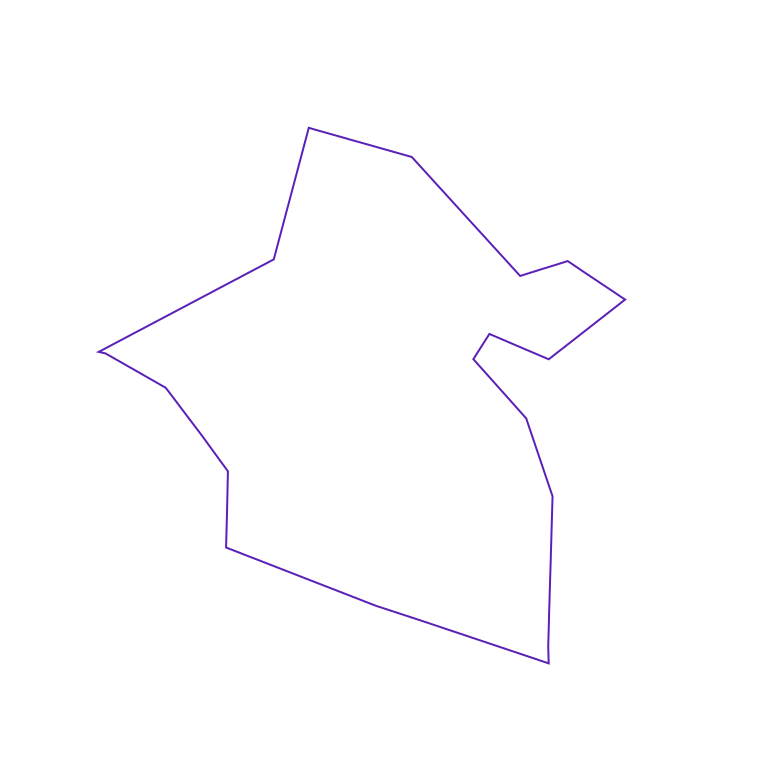 Asgat, Dzavhan, Mongolia (Robinson projection), rotated 206°
{"feature_id": "93677404B85882553736113", "entity_name": "Asgat", "entity_type": "district", "adm_level": 2, "iso_a3": "MNG", "parent_name": "Mongolia", "parent_adm1": "Dzavhan", "projection": "robinson", "projection_center": [96.685, 49.51], "detail": "fine", "context": "isolated", "style": "outline", "palette": "violet", "viewbox_px": 768, "rotation_deg": 206, "n_neighbors": 0, "source": "geoboundaries", "source_scale": "gbopen_adm2", "svg_char_len": 1126}
<svg xmlns="http://www.w3.org/2000/svg" viewBox="0 0 768 768"><g transform="rotate(206 384 384)"><path d="M654.5,287.8L647.8,289.4L602.9,286.5L578.5,284.9L563.8,277.5L562.0,276.6L561.3,276.2L556.0,273.5L525.2,257.9L515.6,252.8L515.1,252.5L514.5,252.2L489.0,238.7L486.6,237.4L486.0,237.1L466.9,195.6L454.3,167.9L454.2,167.8L452.1,168.0L450.4,168.1L438.6,169.1L436.0,169.3L296.4,180.9L293.6,181.2L293.3,181.2L249.2,187.3L195.2,194.4L113.5,205.1L121.4,220.2L128.6,236.1L134.4,248.8L135.2,250.5L139.6,260.4L141.5,264.5L147.4,277.6L149.0,281.1L154.6,293.6L158.3,301.8L159.5,304.4L183.3,357.0L188.4,362.1L238.5,412.8L241.0,415.3L241.1,415.5L243.2,416.3L314.6,445.5L311.2,475.2L284.1,476.5L266.9,477.4L265.2,477.5L246.8,478.4L228.9,515.1L219.4,534.6L204.8,564.6L204.3,565.6L209.7,566.3L221.8,568.0L229.9,569.1L231.0,569.2L257.2,572.8L258.9,573.1L272.8,575.0L290.2,558.6L290.9,558.0L309.0,540.8L331.4,549.7L345.0,555.1L345.3,555.2L358.6,560.5L369.0,564.6L458.5,600.2L513.0,590.4L522.9,588.6L524.8,588.3L538.0,585.9L559.6,582.0L562.9,581.5L563.9,581.3L537.7,447.7L654.5,287.8Z" fill="none" stroke="#5b21b6" stroke-width="2"/></g></svg>